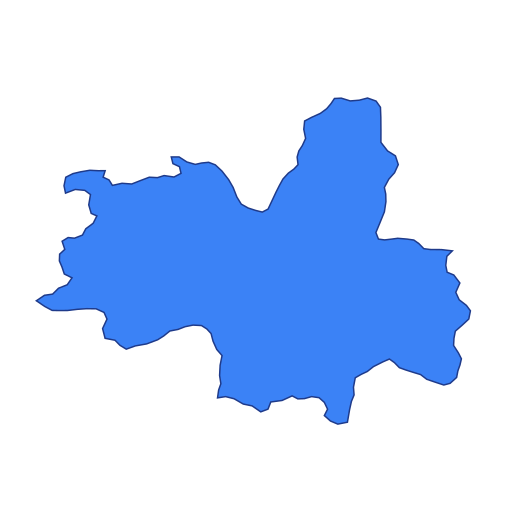 outline of Ubaporanga, Minas Gerais, Brazil, rotated 183°
{"feature_id": "56859067B21138339799790", "entity_name": "Ubaporanga", "entity_type": "district", "adm_level": 2, "iso_a3": "BRA", "parent_name": "Brazil", "parent_adm1": "Minas Gerais", "projection": "albers", "projection_center": [-42.065, -19.667], "detail": "fine", "context": "isolated", "style": "filled", "palette": "blue", "viewbox_px": 512, "rotation_deg": 183, "n_neighbors": 0, "source": "geoboundaries", "source_scale": "gbopen_adm2", "svg_char_len": 2549}
<svg xmlns="http://www.w3.org/2000/svg" viewBox="0 0 512 512"><g transform="rotate(183 256 256)"><path d="M185.9,417.4L189.0,412.2L193.1,406.8L199.2,401.8L207.7,397.4L214.5,393.4L214.9,385.0L212.6,376.0L215.5,368.7L218.7,363.2L220.1,357.0L218.8,349.4L222.8,344.7L228.0,340.5L233.1,334.3L236.3,327.7L239.3,320.9L242.8,312.3L246.4,303.5L252.0,300.2L258.8,301.5L266.3,303.5L273.4,307.0L278.2,313.9L282.4,323.2L287.3,330.8L294.4,339.0L301.4,344.9L308.2,347.1L315.3,346.0L321.4,344.3L330.0,346.3L338.0,350.9L345.8,350.5L343.8,343.9L337.1,341.2L335.2,334.6L342.0,330.6L352.0,331.5L358.5,329.1L366.7,329.1L375.3,325.3L383.9,321.4L393.6,321.6L403.1,319.0L406.8,324.3L412.8,326.7L411.1,333.3L418.0,332.9L426.5,332.9L435.5,330.9L443.1,328.7L450.1,324.7L451.4,316.1L449.5,308.8L440.0,313.0L430.4,312.6L424.5,308.7L425.7,298.3L422.8,289.9L417.0,287.7L420.3,280.2L427.4,274.3L430.4,267.8L438.2,264.3L444.6,264.6L450.4,260.6L447.3,252.6L452.2,247.6L452.1,240.8L449.2,234.9L446.5,228.0L438.6,224.6L443.0,217.4L451.5,213.5L457.1,207.3L465.2,205.7L473.0,199.8L464.2,194.5L456.7,191.0L450.2,191.2L441.5,191.7L431.7,193.4L422.6,194.5L412.9,194.9L404.8,191.7L401.5,185.2L405.4,175.5L402.4,165.9L392.4,164.5L387.2,159.7L380.7,156.2L371.8,159.9L360.6,162.5L349.8,167.2L344.0,171.3L338.1,176.6L330.0,178.6L323.1,181.7L315.3,183.7L306.8,183.7L301.3,180.6L296.8,176.2L294.4,168.6L290.3,160.6L284.7,154.8L286.1,145.1L286.1,134.8L284.4,126.6L286.3,120.2L287.0,112.3L279.0,114.0L270.4,112.3L261.0,107.5L252.0,106.1L243.1,100.6L236.0,103.7L233.6,111.0L222.4,113.1L212.6,118.2L206.7,115.5L200.2,116.1L193.1,118.5L185.6,117.8L180.1,113.4L176.5,106.8L179.4,100.2L173.0,95.1L165.5,92.4L156.0,94.8L154.5,107.5L153.1,115.8L150.8,122.4L151.8,130.1L150.5,139.6L144.6,143.4L138.8,146.5L132.9,151.7L123.6,157.0L117.4,160.1L112.2,156.8L107.0,152.0L100.4,150.0L92.7,148.0L85.4,146.2L79.0,141.8L69.8,139.2L61.7,137.0L55.5,139.0L49.3,145.2L48.4,151.8L46.6,157.9L45.5,164.1L48.8,169.8L54.0,177.0L54.0,184.2L53.0,191.4L46.6,197.6L40.2,204.2L39.0,212.5L43.3,217.7L50.8,222.9L54.6,230.2L51.0,239.7L57.5,247.4L64.3,249.8L66.0,256.6L65.4,265.7L60.2,271.4L71.2,272.1L82.3,271.6L88.8,272.1L94.0,276.9L99.2,280.2L106.0,280.8L115.4,281.1L121.3,280.0L128.4,278.8L134.6,279.3L137.5,285.7L134.0,295.6L130.1,306.8L129.1,317.0L129.7,324.7L131.4,331.2L127.4,339.7L122.0,346.4L118.7,354.7L122.0,363.3L130.1,367.8L137.2,376.0L137.8,387.7L138.2,394.3L138.6,400.9L139.5,411.0L144.2,417.0L152.9,419.6L161.0,417.0L170.0,415.8L179.1,418.1L185.9,417.4Z" fill="#3b82f6" stroke="#1e3a8a" stroke-width="1.5"/></g></svg>